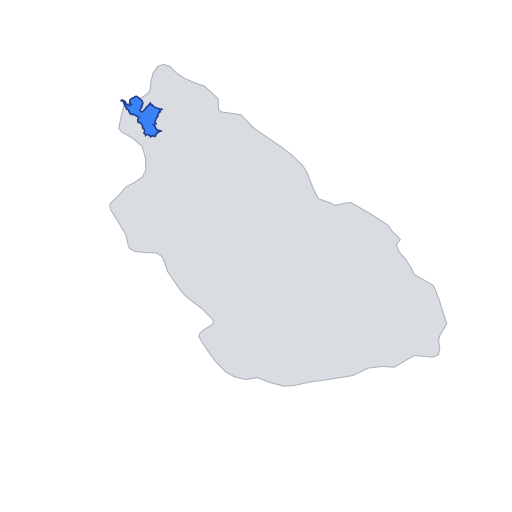 Merak, Tashigang, Bhutan shown in context, rotated 220°
{"feature_id": "84629894B35565609446545", "entity_name": "Merak", "entity_type": "district", "adm_level": 2, "iso_a3": "BTN", "parent_name": "Bhutan", "parent_adm1": "Tashigang", "projection": "albers", "projection_center": [91.904, 27.249], "detail": "fine", "context": "in_parent", "style": "filled", "palette": "blue", "viewbox_px": 512, "rotation_deg": 220, "n_neighbors": 0, "source": "geoboundaries", "source_scale": "gbopen_adm2", "svg_char_len": 6760}
<svg xmlns="http://www.w3.org/2000/svg" viewBox="0 0 512 512"><g transform="rotate(220 256 256)"><path d="M400.2,223.7L399.5,226.8L396.1,234.9L393.9,243.8L395.7,251.0L403.3,259.7L413.4,266.6L426.4,267.1L438.3,264.5L443.1,265.6L449.6,277.1L454.2,287.1L448.0,297.4L444.5,306.4L443.3,312.8L444.1,315.6L447.9,320.8L452.4,329.6L453.1,337.8L450.2,343.2L444.0,345.9L437.5,345.1L432.0,345.2L425.2,346.1L414.6,349.1L404.7,353.0L386.2,352.2L378.8,344.2L375.3,344.1L358.3,354.5L340.0,352.5L306.4,355.8L292.4,356.4L278.1,355.2L270.8,352.9L257.4,345.4L245.2,339.9L232.7,344.6L228.3,345.5L218.1,357.9L196.4,361.7L174.7,364.4L168.4,362.6L156.2,361.6L155.8,358.7L156.3,355.8L153.5,353.5L148.6,351.1L140.2,350.0L129.3,346.6L123.1,343.5L100.9,347.4L88.1,340.6L73.7,331.2L66.4,327.0L64.0,312.9L61.6,308.4L55.9,303.5L52.8,297.8L55.6,292.1L70.4,281.8L71.6,279.3L78.8,259.5L88.3,252.5L97.7,242.6L105.0,226.7L118.8,210.6L133.8,194.0L144.2,180.5L151.0,174.2L164.9,167.6L176.5,163.8L184.6,154.7L194.3,149.8L204.3,147.6L218.9,149.1L232.7,152.6L247.8,157.3L249.5,161.0L248.1,167.6L245.8,174.1L245.7,177.5L248.0,179.4L262.8,180.9L281.0,180.0L291.2,181.0L313.9,187.3L320.5,191.7L327.4,195.0L334.2,194.5L342.9,187.5L352.0,181.6L357.6,180.6L361.6,182.6L368.8,188.3L383.8,193.8L397.1,197.9L401.4,201.7L399.9,218.2L400.2,223.7Z" fill="#d9dde1" stroke="#a8b0b8" stroke-width="1"/><path d="M422.6,307.9L423.0,307.9L423.4,307.3L423.8,306.8L424.0,306.8L424.3,306.8L425.1,306.4L425.6,306.3L426.0,306.2L426.6,305.7L427.0,305.4L427.4,305.5L427.8,305.4L428.2,305.4L428.4,305.4L429.2,305.0L429.8,304.9L430.0,304.8L430.3,304.7L430.6,304.6L430.9,304.7L431.1,304.8L431.3,304.9L431.6,305.0L431.9,305.1L432.1,305.1L432.0,304.8L432.1,304.7L432.3,304.7L432.5,304.5L432.9,304.6L433.2,304.4L433.7,304.5L433.9,304.6L434.5,304.9L434.8,305.2L435.0,305.3L435.4,305.3L435.4,304.9L435.2,304.4L435.1,304.1L435.0,303.6L435.1,303.4L435.3,303.2L435.2,302.8L435.2,302.7L435.2,301.1L435.5,300.2L435.7,299.8L435.7,299.1L435.4,298.6L435.4,298.3L435.4,296.8L435.6,296.6L435.6,296.1L435.6,295.8L435.4,295.3L435.4,295.1L435.5,294.0L435.7,293.9L435.9,293.6L436.5,292.6L437.5,292.8L437.9,292.9L438.2,293.1L438.6,293.6L438.9,294.4L438.9,294.9L438.9,295.1L439.2,295.7L439.4,296.0L439.2,296.8L439.3,297.0L439.6,297.5L439.9,298.1L440.2,298.3L440.4,298.5L440.5,299.0L440.5,299.3L440.4,299.6L440.5,299.9L440.6,300.2L441.5,300.7L441.9,301.1L443.1,301.5L443.3,301.7L443.9,301.7L444.5,301.8L444.8,301.7L445.2,301.8L445.8,301.7L446.2,301.8L446.8,301.9L447.3,301.9L447.8,301.7L448.3,301.8L449.4,301.7L449.6,301.7L450.0,301.5L450.3,301.5L450.7,301.1L450.9,300.5L451.1,300.3L451.3,300.1L451.3,299.9L451.2,299.7L451.2,299.2L451.4,299.0L451.5,298.3L451.7,297.8L452.0,297.6L452.4,297.3L452.5,297.1L452.6,296.7L452.6,296.2L452.7,295.8L452.7,295.0L452.8,294.8L452.8,294.5L452.7,294.2L452.4,293.6L452.1,293.4L451.9,293.2L451.5,292.7L451.3,292.3L451.2,292.1L450.7,292.1L450.0,291.9L449.5,291.8L448.8,291.9L448.8,291.6L449.1,291.1L449.3,291.0L449.5,290.9L449.6,290.7L449.6,290.0L450.0,290.0L450.1,289.9L450.3,289.7L450.4,289.8L450.5,289.7L450.8,289.7L451.0,289.6L451.4,289.6L451.5,289.5L452.2,289.0L452.5,289.0L452.8,288.9L453.0,288.7L453.3,288.7L453.4,288.9L453.4,289.0L453.8,289.4L454.0,289.5L454.3,289.6L454.4,289.8L454.6,289.9L454.7,290.0L454.9,289.9L455.0,289.9L455.1,290.0L455.4,290.0L455.5,289.9L455.8,290.0L456.0,290.0L456.7,290.1L456.8,290.0L457.0,290.0L457.2,289.8L457.5,289.8L457.8,289.9L458.0,289.8L458.2,289.7L458.6,289.7L458.8,289.5L458.8,289.4L459.0,289.2L459.0,288.8L459.2,288.7L459.2,288.2L458.7,288.6L458.2,289.0L457.4,289.0L456.7,288.8L456.3,288.8L456.0,288.4L455.5,288.2L455.3,287.9L454.5,287.7L454.1,287.4L453.7,287.3L453.4,287.1L453.1,286.8L452.8,286.6L452.4,286.8L452.2,286.8L451.7,286.8L451.6,286.7L451.4,286.5L451.1,286.4L450.9,286.2L450.6,286.2L450.4,286.0L450.2,285.9L449.9,285.6L449.9,285.4L449.5,285.4L449.3,285.5L449.2,285.6L449.2,285.8L448.2,285.9L447.9,285.8L447.6,285.9L447.4,286.0L446.9,285.7L446.8,285.4L446.7,285.3L446.6,285.0L446.3,284.8L446.1,284.8L445.6,285.0L445.2,284.9L444.9,284.7L444.6,284.3L444.4,284.4L444.1,284.4L443.7,284.2L443.3,284.0L443.0,284.2L442.8,284.6L442.7,284.7L442.1,284.9L441.6,284.8L441.4,284.9L441.3,285.2L441.1,285.3L441.1,285.6L440.9,285.8L440.0,285.9L439.4,286.1L438.7,286.1L437.9,286.3L437.5,286.3L436.8,286.5L436.4,286.8L436.0,287.0L435.9,287.0L435.7,286.9L435.4,286.8L435.2,286.8L435.2,286.7L435.0,286.4L434.7,286.2L434.8,285.6L434.5,285.0L434.4,284.8L434.4,284.6L434.2,284.4L434.0,284.2L433.8,284.1L433.7,284.1L433.4,283.6L433.3,283.3L432.8,283.0L432.3,282.6L432.0,282.6L431.8,282.7L431.5,283.2L431.2,283.2L430.7,283.2L430.4,283.5L430.2,283.8L429.9,284.0L428.8,283.5L428.6,283.4L428.5,283.2L428.2,283.2L427.9,283.3L427.2,283.3L427.1,283.0L426.8,282.7L426.7,282.5L426.0,282.3L425.9,282.0L425.7,281.8L425.7,281.6L425.3,281.4L425.0,281.3L424.4,281.0L424.1,280.9L423.8,281.2L423.4,281.3L423.2,281.2L422.9,281.2L422.7,281.0L422.3,280.8L421.9,280.4L421.8,280.2L421.5,279.9L421.1,279.0L421.0,278.8L421.0,278.2L420.9,278.0L420.7,278.1L420.3,278.2L420.1,278.2L419.6,278.1L419.1,278.2L418.8,278.1L418.7,278.1L418.3,277.6L418.1,277.4L418.0,278.3L417.4,278.9L417.0,279.4L417.0,279.6L416.2,279.7L415.7,279.7L415.5,279.8L415.1,279.9L415.0,280.1L414.2,279.9L413.6,279.6L413.4,279.5L413.2,279.5L413.4,280.1L413.4,280.3L412.8,281.0L412.5,281.3L412.4,281.6L412.4,282.1L411.3,282.0L410.9,281.9L410.8,282.5L410.7,282.8L410.2,283.2L410.0,283.4L410.0,283.6L410.4,284.0L410.4,284.4L410.6,284.4L410.7,284.8L410.8,285.0L410.9,285.3L410.8,285.6L410.9,285.9L410.7,286.3L410.5,286.6L410.7,286.9L410.7,287.0L410.4,287.6L410.2,288.2L410.2,288.6L410.3,288.8L410.2,288.9L409.8,289.7L409.6,290.0L409.2,290.5L409.0,290.8L409.4,290.8L409.7,290.6L410.4,290.2L410.9,290.0L411.3,289.9L411.4,289.5L411.6,288.8L411.7,288.7L411.8,288.7L413.1,289.0L413.4,289.1L413.6,289.3L414.1,289.3L414.5,289.6L415.2,289.5L415.7,289.9L415.9,289.9L416.0,290.1L416.4,290.2L416.6,290.4L416.7,290.6L417.0,290.7L417.9,290.4L418.1,290.3L418.7,290.3L419.1,290.3L418.8,291.0L418.7,291.9L418.6,292.2L418.5,292.3L418.3,292.4L417.9,292.5L417.5,292.8L417.4,293.0L418.4,293.3L418.9,293.5L419.1,293.6L419.8,294.1L419.9,294.6L419.9,294.9L420.0,295.2L420.1,295.5L420.4,295.7L420.5,296.4L420.9,296.9L420.8,297.2L420.8,297.3L421.0,297.5L421.1,297.9L421.1,298.3L421.1,298.8L420.9,299.1L420.9,299.6L421.0,299.8L421.1,300.3L421.3,300.7L421.9,300.6L422.1,300.8L422.1,301.1L422.5,301.6L422.5,301.8L422.4,302.2L422.3,302.4L422.3,302.7L422.3,302.8L422.2,303.1L422.4,303.4L422.5,303.6L422.5,303.8L422.3,304.3L422.1,304.5L422.0,304.8L422.4,304.8L422.7,304.6L422.8,304.6L422.8,304.9L422.7,305.2L422.7,305.4L422.9,305.6L423.0,305.7L423.1,305.9L423.2,306.0L423.1,306.5L422.6,307.2L422.7,307.8L422.6,307.9Z" fill="#3b82f6" stroke="#1e3a8a" stroke-width="1.5"/></g></svg>